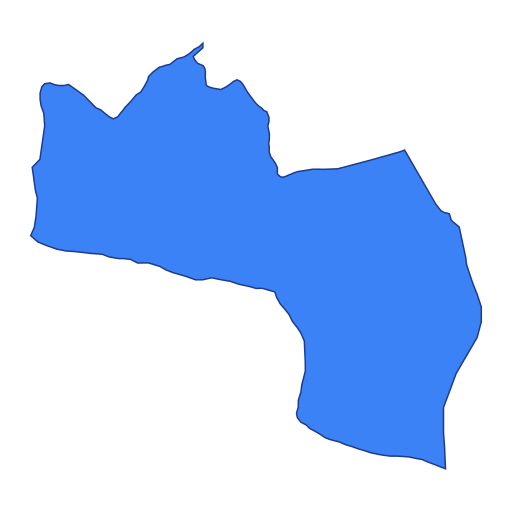 Etsako East, Edo, Nigeria
{"feature_id": "59680162B2904770846082", "entity_name": "Etsako East", "entity_type": "district", "adm_level": 2, "iso_a3": "NGA", "parent_name": "Nigeria", "parent_adm1": "Edo", "projection": "albers", "projection_center": [6.475, 7.187], "detail": "fine", "context": "isolated", "style": "filled", "palette": "blue", "viewbox_px": 512, "rotation_deg": 0, "n_neighbors": 0, "source": "geoboundaries", "source_scale": "gbopen_adm2", "svg_char_len": 2671}
<svg xmlns="http://www.w3.org/2000/svg" viewBox="0 0 512 512"><path d="M481.3,319.6L481.3,306.9L477.1,294.2L472.9,283.6L469.1,272.4L466.6,264.6L465.7,257.3L459.2,227.0L456.1,224.4L451.4,220.5L449.3,213.7L444.3,212.5L440.9,210.7L435.5,203.7L412.0,162.9L404.6,150.1L399.3,152.0L369.5,160.4L337.7,168.8L324.7,169.3L315.9,169.2L312.9,169.2L306.1,170.3L298.8,171.4L294.8,172.5L284.1,177.0L280.7,177.0L277.4,174.1L277.4,167.8L275.3,163.2L273.0,159.7L270.8,156.8L269.2,152.1L269.2,146.9L268.7,143.5L269.3,140.0L269.4,133.7L268.6,130.0L267.8,126.2L268.4,123.9L269.0,121.0L269.0,117.5L266.8,111.7L264.0,110.6L261.8,108.2L258.5,105.9L255.5,102.9L250.7,96.6L247.4,92.0L245.7,89.1L243.0,84.4L240.4,81.4L237.0,79.8L233.4,81.5L230.0,84.3L225.5,87.2L220.9,89.5L213.1,88.2L209.1,87.0L206.3,85.3L205.3,77.8L205.4,72.0L204.9,68.6L203.2,65.7L197.6,63.3L194.3,59.2L193.2,56.4L202.9,47.8L202.9,43.2L199.2,46.7L193.9,49.5L192.1,51.4L188.6,54.2L184.2,56.9L177.0,58.8L173.5,61.6L169.9,64.4L165.5,65.3L162.8,66.3L159.3,67.2L155.7,70.0L153.1,71.9L148.6,76.5L147.7,80.1L144.2,86.6L140.7,92.1L136.2,94.9L130.9,101.3L124.7,107.8L122.9,110.5L121.1,112.4L117.6,117.0L113.2,118.8L109.6,117.0L106.0,114.3L100.7,109.8L96.2,108.0L93.5,105.3L88.2,99.9L83.7,95.3L77.5,90.8L68.6,84.5L64.1,85.5L58.8,85.5L54.3,84.6L49.9,82.9L48.1,83.2L44.6,83.8L41.9,86.6L40.1,93.0L40.1,99.4L41.1,105.8L43.7,113.1L43.9,114.7L44.7,125.9L39.9,159.4L32.2,167.3L35.5,190.9L37.4,198.2L36.0,216.4L34.3,227.4L30.7,235.7L37.9,242.0L46.8,245.6L56.6,249.1L61.2,250.0L62.7,250.3L63.9,250.6L65.5,250.9L76.2,251.7L83.3,252.5L90.4,253.4L102.0,254.2L109.1,256.9L118.9,258.6L123.3,258.6L130.5,259.4L137.6,263.0L148.3,262.9L151.3,263.8L159.9,266.4L166.1,270.0L173.2,272.7L179.5,274.5L185.7,276.3L195.5,279.8L202.6,279.8L211.5,277.8L220.4,279.6L224.9,280.4L230.2,281.3L238.2,284.0L240.1,284.5L249.8,286.6L256.1,288.4L262.3,288.3L268.5,290.1L274.8,291.9L276.6,297.3L280.1,303.7L285.5,310.0L289.1,314.6L291.9,320.3L292.7,321.8L297.1,327.3L297.3,327.6L297.6,328.1L298.8,329.9L300.7,332.7L304.3,340.9L305.2,360.1L305.3,364.7L305.3,368.8L305.3,371.1L303.5,378.4L301.8,384.8L300.9,392.1L298.8,398.7L298.3,400.4L298.3,403.6L298.3,406.8L296.5,413.2L297.4,417.8L301.0,422.3L306.3,425.0L309.9,428.6L313.5,430.4L319.7,434.0L325.1,437.6L329.5,439.4L339.4,442.0L341.9,443.1L345.6,444.7L351.8,446.5L359.0,449.1L362.5,450.0L370.6,452.7L378.6,454.4L383.9,455.3L390.2,456.1L397.3,456.1L408.9,456.9L416.1,458.4L416.9,458.6L422.2,459.5L426.8,461.6L430.8,463.1L445.5,468.8L444.7,450.5L444.6,447.6L443.5,432.8L443.5,407.4L450.0,390.1L456.1,373.6L476.2,339.1L477.1,337.6L480.5,324.7L481.3,321.7L481.3,319.6Z" fill="#3b82f6" stroke="#1e3a8a" stroke-width="1.5"/></svg>